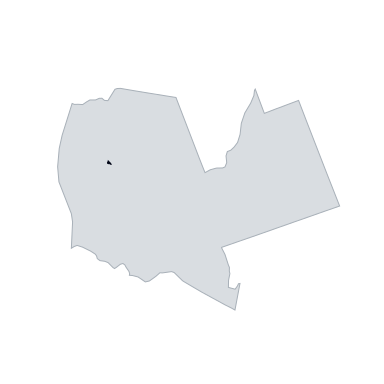 Panajachel, Sololá, Guatemala shown in context, rotated 69°
{"feature_id": "79465075B15499572594181", "entity_name": "Panajachel", "entity_type": "district", "adm_level": 2, "iso_a3": "GTM", "parent_name": "Guatemala", "parent_adm1": "Sololá", "projection": "albers", "projection_center": [-91.15, 14.749], "detail": "fine", "context": "in_parent", "style": "filled", "palette": "ink", "viewbox_px": 384, "rotation_deg": 69, "n_neighbors": 0, "source": "geoboundaries", "source_scale": "gbopen_adm2", "svg_char_len": 1937}
<svg xmlns="http://www.w3.org/2000/svg" viewBox="0 0 384 384"><g transform="rotate(69 192 192)"><path d="M66.4,272.2L68.0,270.5L69.4,266.7L71.2,262.7L70.1,258.1L69.5,254.4L71.5,249.0L71.3,245.0L72.2,242.5L75.1,240.9L76.6,237.8L68.5,227.1L68.6,224.7L69.6,221.7L76.3,210.4L84.2,196.9L92.8,182.1L98.0,173.1L116.9,173.1L129.5,173.1L145.3,173.1L162.6,173.1L174.0,173.0L178.6,172.9L177.8,167.1L178.4,160.7L180.5,154.8L180.4,152.2L177.1,149.1L170.5,147.3L166.9,144.5L166.9,140.9L165.2,136.7L162.1,131.7L155.5,126.5L145.5,121.3L137.1,114.3L130.1,105.4L124.2,99.7L119.6,97.3L118.6,96.1L131.9,96.2L144.5,96.3L144.5,83.6L144.6,72.4L144.7,59.7L167.4,59.7L194.6,59.6L222.8,59.5L245.0,59.3L258.0,59.2L257.5,75.0L257.0,93.3L256.6,106.7L256.1,124.6L255.6,142.9L254.8,167.9L254.3,184.1L254.6,184.4L262.1,183.6L273.1,184.2L275.8,184.1L279.2,185.5L281.8,185.9L287.5,189.5L294.1,192.2L298.2,186.6L296.0,183.2L294.3,181.5L294.6,180.0L317.6,194.2L314.9,196.4L309.2,201.6L298.7,210.5L289.3,218.5L280.3,225.7L272.1,232.2L271.1,232.8L260.8,237.5L259.0,239.6L256.9,248.7L255.9,250.9L257.8,256.0L259.8,263.7L259.2,267.8L252.0,272.8L248.7,277.4L247.3,280.3L246.0,279.5L243.7,279.3L238.6,280.5L236.1,280.8L234.0,282.1L233.8,284.9L235.2,289.4L235.7,291.7L234.3,292.8L227.9,295.6L225.4,298.3L223.1,302.5L220.3,304.3L217.4,304.0L215.3,304.6L210.9,307.8L204.3,313.9L200.7,318.4L200.7,321.7L201.3,324.8L177.1,314.2L169.0,312.4L134.9,312.6L120.3,308.4L103.7,300.3L92.5,292.9L66.4,272.2Z" fill="#d9dde1" stroke="#a8b0b8" stroke-width="1"/><path d="M135.5,258.3L135.4,258.4L135.3,258.5L134.9,258.5L134.4,258.7L134.3,258.8L134.1,258.9L133.6,259.1L133.8,259.2L133.8,259.3L133.8,259.5L134.0,259.8L134.2,260.0L134.3,260.1L134.6,260.1L134.8,260.1L135.0,260.2L135.2,259.9L135.4,259.7L135.3,259.3L135.3,259.1L135.4,258.8L135.6,258.7L136.0,258.4L136.5,258.2L136.7,257.9L136.2,257.9L135.9,258.0L135.7,258.1L135.5,258.3Z" fill="#0f172a" stroke="#020617" stroke-width="1.5"/></g></svg>